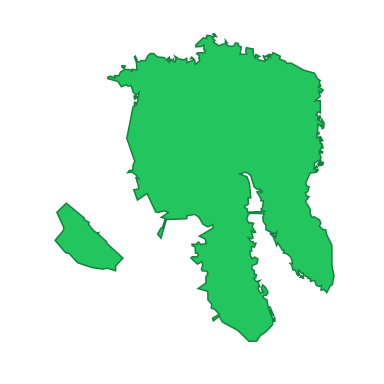 the district of Tonoas, Federated States of Micronesia, rotated 84°
{"feature_id": "79324940B80636387322037", "entity_name": "Tonoas", "entity_type": "district", "adm_level": 2, "iso_a3": "FSM", "parent_name": "Federated States of Micronesia", "parent_adm1": "", "projection": "orthographic", "projection_center": [151.879, 7.372], "detail": "fine", "context": "isolated", "style": "filled", "palette": "green", "viewbox_px": 384, "rotation_deg": 84, "n_neighbors": 0, "source": "geoboundaries", "source_scale": "gbopen_adm2", "svg_char_len": 5890}
<svg xmlns="http://www.w3.org/2000/svg" viewBox="0 0 384 384"><g transform="rotate(84 192 192)"><path d="M54.7,164.7L54.2,172.1L55.1,172.8L57.2,170.3L59.7,171.3L62.1,170.5L65.4,175.3L60.9,175.6L57.8,178.2L59.2,179.5L59.1,177.3L60.9,176.7L62.9,183.5L58.5,183.3L59.7,186.1L58.3,191.2L55.2,194.8L58.2,193.9L61.1,195.2L60.6,196.4L57.9,196.4L59.2,197.7L58.0,198.9L60.2,200.4L55.6,200.4L56.7,202.2L59.5,202.2L55.4,205.6L54.0,212.4L50.4,215.5L49.8,218.7L51.3,221.2L56.6,224.6L55.9,228.9L57.1,230.6L56.7,232.4L50.9,234.2L51.8,235.2L57.2,233.8L64.9,233.9L63.7,239.2L65.7,239.0L63.6,241.9L63.1,246.0L65.3,250.6L68.9,252.7L68.1,257.0L70.5,256.7L68.3,261.1L68.8,263.5L70.5,263.9L74.3,254.1L79.9,251.3L78.3,246.1L80.1,244.8L80.0,241.3L86.7,240.1L89.8,237.4L87.3,234.2L91.9,235.6L90.9,238.1L93.9,235.8L99.6,238.0L101.0,241.7L131.8,251.2L155.6,245.7L159.3,247.9L164.0,248.4L164.1,252.1L166.0,253.9L165.9,249.8L168.8,246.2L173.2,243.7L172.1,246.2L182.0,244.4L183.4,245.3L183.7,249.7L194.3,247.1L188.8,236.8L208.1,230.2L208.9,228.0L207.8,221.4L210.0,217.6L214.0,225.3L215.4,221.2L224.8,225.4L224.7,226.7L230.3,230.6L234.7,227.7L216.7,220.3L218.0,200.1L215.0,199.2L214.6,191.6L217.5,187.9L225.4,184.3L228.4,179.8L226.6,174.7L230.0,174.9L236.7,189.3L240.1,183.9L244.8,183.3L245.1,188.9L242.6,190.4L242.9,192.0L244.5,192.2L244.0,197.5L245.4,197.4L246.7,194.7L253.0,194.9L253.8,192.7L255.6,192.4L257.1,194.0L256.4,198.4L257.5,200.0L264.3,194.1L262.2,189.4L266.1,189.0L269.6,190.8L271.6,190.0L272.2,185.7L274.7,184.6L277.8,187.0L284.0,187.7L288.7,196.0L292.5,186.7L301.0,187.4L305.5,184.2L309.5,185.0L310.8,182.0L316.4,177.6L319.7,184.8L322.4,184.3L318.5,177.9L324.6,175.3L334.4,160.9L346.4,150.9L347.1,143.3L341.8,139.0L339.0,133.5L332.5,125.8L327.4,124.8L316.7,127.9L324.7,123.3L314.3,126.5L315.0,128.4L307.3,128.7L304.4,132.3L302.6,131.8L302.3,128.5L299.7,126.9L294.4,129.0L291.7,131.6L296.7,133.1L298.7,131.0L299.6,134.5L295.2,136.5L292.9,135.8L293.4,134.3L289.0,135.8L287.2,133.8L287.8,137.3L284.5,139.7L283.9,137.6L281.0,136.5L280.3,138.5L276.9,138.2L274.8,140.4L272.8,140.4L271.3,139.5L270.2,135.1L265.5,133.4L263.2,136.6L264.9,139.1L262.0,140.4L257.1,140.8L257.1,138.9L252.3,138.5L253.4,135.7L249.7,133.8L249.6,136.3L247.6,136.5L247.5,138.6L243.4,140.8L244.8,137.6L244.0,136.1L236.7,137.2L239.0,134.4L238.6,133.0L232.8,135.9L229.7,134.0L228.5,136.7L229.2,138.5L224.9,140.5L220.1,138.4L219.2,136.3L221.1,122.7L225.1,124.3L228.9,124.2L232.8,122.0L237.3,122.4L241.6,115.4L242.0,113.7L240.5,112.0L245.9,113.5L243.2,115.1L241.2,118.9L245.4,115.7L254.1,113.4L251.4,111.9L259.1,108.4L259.6,106.5L262.0,107.6L263.6,103.8L267.1,100.5L273.1,99.3L273.2,102.0L274.9,100.5L279.9,99.9L280.9,97.3L285.6,95.9L286.2,95.0L280.8,94.3L284.5,91.1L284.5,89.6L287.4,90.1L286.7,89.3L289.1,85.2L290.1,85.7L290.7,83.2L293.3,83.5L292.7,79.2L297.7,78.2L299.2,75.7L298.5,73.2L303.2,73.9L302.8,70.9L306.1,68.5L299.7,64.2L298.8,62.1L289.9,59.5L280.3,60.5L259.4,58.5L248.6,62.5L243.6,63.0L242.9,65.8L239.2,69.0L236.8,67.2L233.1,68.0L229.3,73.3L230.1,75.0L226.0,76.8L221.7,76.1L213.4,80.1L208.9,76.2L208.2,78.3L204.5,79.2L203.7,76.9L199.1,75.0L197.8,77.5L194.8,78.0L185.4,72.4L185.4,66.3L183.6,64.4L182.4,64.6L183.9,66.5L180.2,66.5L181.7,68.1L175.8,67.1L173.3,61.0L170.9,60.1L165.5,61.4L163.9,60.8L164.2,59.7L157.8,57.6L156.5,59.5L154.9,58.7L153.6,60.0L152.3,59.2L154.8,57.8L154.6,56.6L150.4,58.5L151.2,62.2L137.7,59.5L140.9,56.3L137.4,55.8L142.6,55.9L141.9,54.3L137.6,53.4L132.6,55.5L135.6,55.6L135.8,56.8L133.3,58.1L131.5,57.3L133.2,59.4L129.8,58.7L128.1,60.3L125.4,58.2L126.7,56.0L114.6,54.9L114.3,60.2L110.2,54.4L104.9,55.4L106.8,53.2L104.3,50.8L101.0,55.2L99.7,54.6L100.3,52.9L96.0,54.0L94.6,52.8L92.8,55.2L86.6,57.9L82.5,68.2L74.1,80.1L74.0,84.3L71.7,85.5L68.9,91.2L66.2,90.0L61.9,96.9L64.0,98.3L63.3,100.7L66.2,99.9L64.4,102.4L63.5,101.5L64.7,104.9L65.8,102.7L67.7,102.6L68.5,104.8L66.0,105.5L69.6,105.8L67.4,112.5L65.2,113.1L64.2,110.6L61.9,114.1L65.4,115.2L62.2,116.6L56.2,116.3L54.2,122.8L56.9,123.9L60.7,123.2L60.1,129.8L52.9,127.8L51.5,130.4L49.0,130.5L48.3,133.2L51.4,135.4L50.9,140.0L47.6,143.7L49.4,150.0L45.2,154.9L43.6,153.3L41.5,155.8L40.0,153.9L37.9,159.8L37.9,161.1L40.9,161.5L39.9,164.6L46.3,173.0L48.0,172.9L48.3,167.4L46.9,164.8L52.0,165.3L52.8,163.8L54.7,164.7ZM219.0,120.7L217.9,138.8L214.6,138.9L212.9,141.2L211.5,141.0L209.9,137.1L203.9,137.0L203.9,134.1L189.5,134.0L182.7,135.7L178.6,143.6L179.1,140.8L177.8,138.3L178.9,134.6L182.1,131.7L193.4,129.7L196.0,127.1L196.2,124.0L197.8,124.0L197.8,122.2L199.3,122.1L200.0,124.0L198.0,124.2L198.7,127.4L205.7,124.1L207.9,124.5L208.3,121.8L215.8,123.9L216.1,125.1L218.4,124.5L219.0,120.7ZM212.9,323.5L216.3,323.5L225.8,333.2L239.2,324.1L240.2,320.7L250.3,313.2L256.6,299.7L259.4,288.7L258.9,284.2L262.4,276.3L257.6,275.7L250.5,267.6L234.2,282.1L232.6,282.1L223.9,289.8L222.6,289.0L222.9,290.7L220.0,294.1L213.1,298.4L211.5,297.4L208.4,301.8L206.5,302.0L190.0,318.2L198.1,328.5L212.9,323.5ZM62.2,246.6L59.6,245.2L59.0,248.5L60.9,248.5L62.2,246.6ZM179.1,60.1L177.5,58.3L175.9,58.7L178.9,62.4L179.1,60.1ZM326.4,124.3L329.1,123.8L329.2,123.0L325.8,122.9L326.4,124.3ZM39.9,151.6L36.9,153.1L37.2,154.8L39.4,153.0L39.9,151.6ZM176.2,62.8L177.5,62.0L174.8,60.3L174.6,61.6L176.2,62.8ZM97.6,238.0L96.6,239.7L98.7,240.1L97.6,238.0ZM165.3,60.0L166.6,59.5L166.8,58.2L165.6,57.9L165.3,60.0ZM160.3,58.3L162.5,56.9L159.6,57.4L160.3,58.3ZM148.3,61.2L147.1,59.4L146.0,59.6L145.8,60.0L148.3,61.2ZM93.4,238.2L91.4,238.8L91.1,239.6L93.6,239.4L93.4,238.2ZM47.3,141.4L44.6,142.9L46.7,143.0L47.3,141.4ZM287.2,91.8L289.3,91.1L289.5,90.2L287.6,90.7L287.2,91.8ZM64.8,105.8L63.4,107.2L65.8,106.4L64.8,105.8ZM130.8,57.4L132.0,56.4L129.8,56.8L130.8,57.4ZM179.5,65.5L181.0,64.7L179.1,65.2L179.5,65.5ZM284.3,94.0L285.6,94.4L285.8,93.3L284.3,94.0ZM177.1,63.9L178.5,63.3L177.0,63.1L177.1,63.9ZM287.4,92.6L288.1,93.2L288.2,92.6L287.4,92.6Z" fill="#22c55e" stroke="#15803d" stroke-width="1.5"/></g></svg>